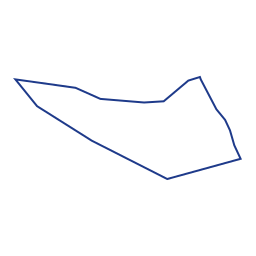 North Tyneside, Equal Earth projection
{"feature_id": "GBR-5662", "entity_name": "North Tyneside", "entity_type": "Metropolitan Borough", "adm_level": 1, "iso_a3": "GBR", "parent_name": "United Kingdom", "parent_adm1": "", "projection": "equal_earth", "projection_center": [-1.497, 55.026], "detail": "fine", "context": "isolated", "style": "outline", "palette": "blue", "viewbox_px": 256, "rotation_deg": 0, "n_neighbors": 0, "source": "natural_earth", "source_scale": "10m", "svg_char_len": 320}
<svg xmlns="http://www.w3.org/2000/svg" viewBox="0 0 256 256"><path d="M199.9,77.0L200.8,79.5L216.4,109.3L225.1,119.9L230.0,130.4L234.3,145.3L240.6,158.8L167.2,179.0L91.8,140.7L37.1,106.2L15.4,79.4L75.5,87.8L100.4,98.9L144.1,102.5L163.7,101.3L188.3,80.6L199.9,77.0Z" fill="none" stroke="#1e3a8a" stroke-width="2"/></svg>